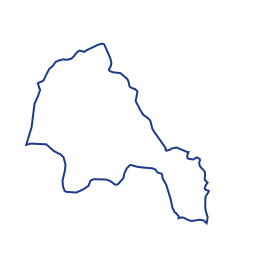 the border of Intibucá, rotated 283°
{"feature_id": "HND-648", "entity_name": "Intibucá", "entity_type": "Department", "adm_level": 1, "iso_a3": "HND", "parent_name": "Honduras", "parent_adm1": "", "projection": "orthographic", "projection_center": [-88.241, 14.258], "detail": "fine", "context": "isolated", "style": "outline", "palette": "blue", "viewbox_px": 256, "rotation_deg": 283, "n_neighbors": 0, "source": "natural_earth", "source_scale": "10m", "svg_char_len": 2131}
<svg xmlns="http://www.w3.org/2000/svg" viewBox="0 0 256 256"><g transform="rotate(283 128 128)"><path d="M52.6,197.7L52.8,197.6L53.3,197.3L56.0,193.7L56.1,193.1L56.8,192.0L60.7,189.0L68.2,185.6L81.3,178.0L86.5,173.2L88.7,172.3L89.8,172.0L90.4,171.7L91.1,170.7L91.1,168.8L91.3,167.3L91.7,166.2L92.9,164.9L93.7,164.2L94.2,160.8L92.7,150.2L92.3,145.0L92.4,144.0L92.4,141.7L92.7,140.7L92.3,138.2L88.2,135.8L83.1,134.7L81.6,134.6L80.4,134.6L79.3,134.9L78.4,134.8L77.3,134.4L75.9,133.7L74.5,132.7L73.0,132.0L71.7,131.3L70.6,130.4L70.0,129.1L70.2,127.4L72.4,122.5L72.8,118.1L70.4,106.1L68.9,104.0L68.0,103.2L62.9,102.6L58.2,98.3L53.5,92.1L51.9,82.1L52.7,80.2L56.6,77.7L62.3,76.0L72.9,76.1L78.4,75.3L84.8,71.9L87.3,67.9L87.7,65.1L89.1,60.5L93.7,52.1L91.0,37.0L88.7,32.6L106.9,33.9L120.5,32.5L130.8,31.5L138.6,33.1L145.4,33.8L147.1,32.5L151.4,30.0L154.6,34.4L155.8,35.0L158.1,35.7L159.8,35.9L167.9,38.0L171.8,40.9L176.0,42.5L178.2,45.4L180.1,49.0L180.4,49.9L180.6,52.4L181.1,54.0L182.6,56.9L184.4,58.4L190.1,61.2L191.6,62.4L192.4,63.4L192.5,65.9L192.3,68.1L195.0,70.8L202.5,80.3L204.3,83.7L204.4,84.6L204.3,85.3L204.1,85.9L203.2,86.7L192.8,94.5L190.0,96.1L187.1,97.3L184.7,97.3L182.8,96.9L181.2,96.3L180.1,96.4L179.4,97.7L178.9,100.9L179.8,108.2L176.1,115.4L174.8,117.0L172.6,118.5L169.8,119.6L168.4,120.8L167.6,123.8L167.7,125.7L165.8,129.0L156.0,129.4L148.0,136.1L144.2,140.0L142.2,145.0L140.3,147.8L139.6,148.4L132.9,151.8L130.4,154.1L117.7,168.3L116.2,169.6L115.3,169.4L114.7,170.0L114.7,171.2L116.3,173.6L117.8,175.2L119.9,179.7L117.8,191.8L118.1,192.3L117.6,192.3L114.1,191.9L111.8,192.8L111.7,193.6L111.9,198.3L112.4,199.2L114.5,201.1L114.9,201.8L113.8,205.1L112.3,205.4L110.2,205.1L107.4,206.3L105.9,208.0L104.9,209.6L104.1,211.0L102.3,212.8L99.8,213.7L96.9,213.9L94.4,214.8L92.8,217.8L91.3,217.2L89.4,216.6L87.5,216.3L86.0,216.4L85.3,217.3L85.1,218.8L85.1,220.2L84.8,220.9L83.1,220.7L79.4,219.2L77.2,219.1L67.7,221.2L63.5,223.0L59.1,225.7L52.9,226.0L54.9,222.6L54.8,218.7L52.3,212.4L51.6,210.1L52.1,206.5L52.9,203.6L53.1,200.8L51.9,198.2L51.6,197.6L52.6,197.7L52.6,197.7Z" fill="none" stroke="#1e3a8a" stroke-width="2"/></g></svg>